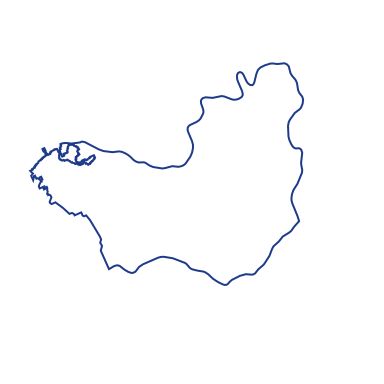 Pepillo Salcedo, Monte Cristi, Dominican Republic, rotated 336°
{"feature_id": "3306468B50273300961313", "entity_name": "Pepillo Salcedo", "entity_type": "district", "adm_level": 2, "iso_a3": "DOM", "parent_name": "Dominican Republic", "parent_adm1": "Monte Cristi", "projection": "equal_earth", "projection_center": [-71.693, 19.654], "detail": "fine", "context": "isolated", "style": "outline", "palette": "blue", "viewbox_px": 384, "rotation_deg": 336, "n_neighbors": 0, "source": "geoboundaries", "source_scale": "gbopen_adm2", "svg_char_len": 5874}
<svg xmlns="http://www.w3.org/2000/svg" viewBox="0 0 384 384"><g transform="rotate(336 192 192)"><path d="M278.0,262.2L278.6,256.6L279.0,243.2L279.6,239.8L280.6,237.6L282.4,234.8L285.3,231.6L291.8,227.3L300.4,219.0L301.7,216.6L302.9,211.4L303.7,209.4L308.6,201.1L309.0,198.1L308.4,196.4L307.2,195.4L304.7,194.5L303.5,193.5L302.6,191.8L302.1,188.7L302.1,184.0L302.7,180.6L306.6,170.7L308.8,167.5L311.0,165.7L318.0,161.6L324.3,160.1L326.0,159.2L329.0,156.3L331.1,152.7L331.5,149.7L330.4,145.4L330.3,142.3L332.1,135.6L332.3,133.5L332.1,131.3L330.7,126.6L330.3,123.6L331.5,116.5L330.6,113.9L328.8,112.0L322.0,109.8L318.2,107.5L315.6,106.5L309.9,105.9L305.1,106.1L302.4,107.1L300.8,108.3L298.6,110.6L293.5,117.2L291.8,118.6L290.6,118.9L288.8,118.0L287.9,116.7L287.2,115.0L286.8,112.7L286.7,105.9L286.3,103.8L285.1,102.3L284.3,101.9L282.5,102.0L281.2,103.0L280.1,104.5L279.1,107.6L278.9,110.1L278.8,120.1L278.2,123.2L277.7,124.1L276.1,125.4L272.4,125.9L269.4,125.4L267.5,124.6L265.8,123.3L260.5,118.0L258.1,116.4L249.1,114.4L242.9,111.0L240.3,110.7L238.7,111.1L237.3,112.2L236.9,113.1L236.3,114.9L235.8,120.9L235.3,122.9L234.4,124.5L233.1,125.7L229.7,128.4L227.1,129.5L224.2,129.9L217.4,130.0L215.6,130.5L214.1,131.7L213.2,133.6L212.9,135.8L212.7,145.6L212.1,149.3L210.6,152.5L208.0,156.1L204.9,159.0L197.9,163.3L196.2,163.9L193.5,164.2L189.9,163.5L184.5,160.4L177.1,159.2L174.4,158.4L166.7,153.4L164.1,150.7L161.2,146.2L159.9,145.2L155.2,143.3L153.2,141.4L151.6,138.9L150.1,134.9L148.5,131.9L146.5,129.2L144.3,126.8L141.8,125.2L135.6,123.3L127.8,118.6L124.3,115.3L114.6,103.1L112.5,101.5L111.4,101.1L109.9,101.2L101.6,98.7L96.9,96.0L94.2,95.0L91.7,94.6L91.7,95.2L91.3,95.2L91.3,96.1L91.0,96.1L91.0,96.7L90.6,96.6L90.2,97.6L89.5,97.6L89.5,98.6L89.1,98.6L89.2,99.2L88.8,99.1L88.4,100.0L88.1,100.0L88.0,101.9L87.7,102.0L87.7,104.4L88.0,104.4L87.7,106.4L88.0,106.4L88.1,106.9L89.9,106.9L89.9,106.4L90.2,106.2L90.2,105.4L90.6,105.4L90.6,104.9L92.0,105.0L92.0,105.4L93.9,105.4L93.9,105.0L94.6,104.9L94.6,103.9L94.9,103.9L94.9,103.0L95.7,102.5L96.0,101.5L96.4,101.6L96.4,101.0L97.1,100.5L97.1,100.0L98.2,99.6L98.2,99.1L98.9,99.1L98.9,98.6L100.0,98.6L100.0,99.1L100.7,99.1L100.7,99.6L101.4,99.5L101.5,100.0L102.2,100.0L102.2,100.5L102.9,101.0L102.9,101.5L103.3,101.5L103.3,102.0L104.0,102.5L104.1,103.0L104.7,103.0L104.7,103.5L105.1,103.5L105.1,104.4L105.5,104.5L105.5,104.9L105.8,104.9L105.8,105.4L106.1,105.4L106.2,106.9L105.5,106.9L105.5,107.3L104.4,107.3L104.0,108.3L103.7,108.3L103.7,109.8L104.0,109.8L104.0,110.8L104.3,110.7L104.4,111.2L104.0,111.2L104.1,111.8L103.3,111.7L103.3,112.2L101.8,112.2L101.8,112.7L100.4,112.7L100.4,113.2L100.0,113.2L100.0,113.7L99.7,113.7L99.7,114.6L99.3,114.6L99.3,115.1L98.9,115.1L98.9,115.6L98.6,115.6L98.6,117.6L98.9,117.6L99.0,118.1L99.7,118.1L100.0,119.0L100.7,119.0L100.7,119.5L101.4,119.5L101.5,120.0L102.2,120.0L102.2,119.5L103.7,119.5L103.7,119.0L104.7,119.0L104.7,118.5L106.9,118.5L106.9,119.0L107.6,119.0L107.6,119.5L108.8,119.5L108.7,120.0L109.4,120.0L109.4,119.5L112.0,119.5L112.0,119.0L113.1,119.0L113.1,118.5L117.1,118.5L117.1,119.0L117.4,119.0L117.4,120.9L116.7,120.9L116.7,121.9L115.7,121.9L115.6,122.4L114.6,122.6L114.5,122.9L113.4,122.9L113.4,123.4L112.0,123.3L112.0,123.9L110.9,123.9L110.9,124.4L110.2,124.4L110.2,124.9L108.7,124.9L108.7,124.4L108.0,124.4L108.0,123.9L107.3,123.4L107.3,122.9L106.5,123.0L106.5,122.0L105.9,121.5L105.8,121.0L105.5,121.0L105.5,120.5L105.1,120.5L105.1,121.0L104.4,121.0L104.0,122.0L101.5,122.0L101.5,121.5L100.0,121.5L100.0,121.0L99.7,121.0L99.3,120.1L98.6,120.0L98.2,119.0L97.1,119.0L97.1,118.5L96.4,118.5L96.0,117.6L94.6,116.6L94.6,116.1L93.9,116.1L93.1,114.2L92.8,114.2L92.8,113.7L92.0,113.2L91.7,112.2L91.0,112.2L91.0,111.7L88.4,111.7L88.4,111.2L88.1,111.2L87.9,110.8L87.3,110.8L87.3,110.4L85.9,110.3L85.5,109.4L85.2,109.3L85.2,108.8L84.8,108.8L84.7,107.8L84.4,107.8L84.4,106.9L84.7,106.9L85.2,104.9L85.5,104.9L85.9,103.9L86.2,103.9L86.2,103.5L86.6,103.4L86.5,101.0L86.2,101.0L86.2,98.1L85.9,98.0L85.9,97.6L84.1,97.6L84.1,97.1L83.3,97.1L83.3,97.6L79.7,97.6L79.7,98.1L78.6,98.1L78.6,98.5L78.3,98.6L78.3,99.2L77.5,99.1L77.5,99.6L75.4,99.6L75.3,99.1L75.0,99.1L75.1,98.5L74.6,98.6L74.6,97.6L74.3,97.6L74.2,95.6L74.7,95.6L74.6,94.7L75.0,94.6L75.0,92.3L74.6,92.3L74.6,91.8L73.2,91.8L73.2,92.3L72.8,92.3L72.8,94.2L73.2,94.2L73.2,95.2L73.9,95.7L73.9,97.6L73.6,97.6L73.6,98.6L73.2,98.6L72.8,99.6L71.0,99.5L71.0,100.0L69.2,100.0L69.2,100.5L68.1,100.5L68.1,101.0L66.7,101.0L66.7,101.5L64.2,101.6L63.4,102.9L61.6,103.0L61.6,103.4L60.9,103.5L60.9,103.9L59.8,103.9L59.8,104.4L59.1,104.4L59.0,104.9L58.3,104.9L58.3,105.4L58.0,105.4L58.0,105.9L55.8,105.8L55.8,106.4L55.1,106.4L55.1,106.9L52.8,106.9L54.2,110.5L51.7,111.8L51.7,116.6L54.2,113.2L55.2,113.2L55.3,116.6L56.8,116.7L57.8,118.6L58.9,116.7L60.4,116.7L60.4,119.8L58.9,119.8L58.9,121.3L57.8,121.3L55.3,123.4L54.3,124.8L54.3,126.8L58.9,126.8L57.8,128.2L57.8,129.5L58.9,129.5L60.4,128.2L61.4,128.2L61.4,129.5L60.4,131.6L60.4,132.8L58.9,134.8L59.7,135.5L59.4,136.3L60.4,136.3L61.4,137.7L61.4,139.7L57.9,143.2L57.9,144.5L58.9,145.9L63.0,145.9L67.6,154.0L71.2,162.2L73.8,162.3L75.3,164.2L75.3,165.6L82.5,165.6L82.5,169.0L83.5,170.3L85.8,170.3L87.4,176.2L89.7,194.9L89.7,198.3L87.5,201.1L87.9,204.6L84.8,208.5L84.8,228.7L90.5,228.0L93.1,228.3L94.7,229.0L96.0,230.3L98.8,235.6L101.3,239.1L103.6,241.2L105.3,241.9L107.9,241.8L113.2,238.9L118.0,238.1L134.1,238.2L137.0,238.6L139.7,239.6L147.5,244.7L156.8,254.0L157.7,255.5L159.0,260.0L159.8,261.6L161.0,262.9L165.1,266.1L169.7,269.1L171.1,270.3L173.3,273.6L175.9,279.8L179.1,284.8L182.6,289.0L184.1,290.2L185.8,290.8L187.3,290.6L190.1,289.3L192.8,288.5L201.8,288.1L207.8,289.0L213.1,291.9L214.8,292.2L216.6,292.0L221.1,289.6L227.2,287.8L228.9,287.0L236.7,281.9L241.9,276.7L244.3,274.8L251.3,272.5L256.8,269.6L264.2,268.6L266.9,267.8L271.5,265.1L278.0,262.2Z" fill="none" stroke="#1e3a8a" stroke-width="2"/></g></svg>